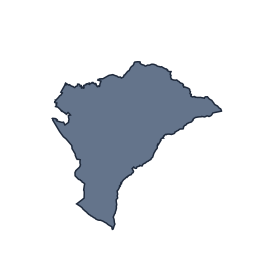 Josenii Bargaului, Bistrita-Nasaud, Romania, rotated 54°
{"feature_id": "2599482B1085806390665", "entity_name": "Josenii Bargaului", "entity_type": "district", "adm_level": 2, "iso_a3": "ROU", "parent_name": "Romania", "parent_adm1": "Bistrita-Nasaud", "projection": "orthographic", "projection_center": [24.668, 47.212], "detail": "fine", "context": "isolated", "style": "filled", "palette": "slate", "viewbox_px": 256, "rotation_deg": 54, "n_neighbors": 0, "source": "geoboundaries", "source_scale": "gbopen_adm2", "svg_char_len": 5780}
<svg xmlns="http://www.w3.org/2000/svg" viewBox="0 0 256 256"><g transform="rotate(54 128 128)"><path d="M200.8,200.2L201.0,199.4L198.9,196.6L198.0,195.0L196.9,194.8L193.7,193.0L191.4,192.3L189.6,189.3L189.4,188.5L188.3,187.4L187.6,186.3L186.0,184.4L185.1,183.9L184.3,183.3L183.7,182.6L183.6,182.3L180.7,180.8L179.2,179.8L178.8,178.6L178.6,177.6L178.0,177.2L176.7,176.7L176.2,176.2L175.8,175.6L175.3,175.1L174.9,175.0L172.6,173.8L172.2,172.1L171.4,170.5L170.9,169.9L170.6,168.7L169.9,168.9L169.7,168.7L169.7,168.3L169.7,167.4L168.3,166.0L169.0,165.8L168.0,164.6L167.2,161.8L167.2,160.1L167.1,159.8L166.9,157.9L167.3,157.7L166.9,156.8L167.1,156.6L166.9,155.4L167.1,154.0L167.4,153.6L167.6,153.0L166.9,150.9L167.1,150.1L166.2,148.9L165.7,148.8L164.5,148.9L164.0,148.4L163.2,148.4L163.2,147.8L163.0,146.3L164.4,146.1L165.2,145.5L165.5,144.9L164.7,143.5L165.5,141.3L165.5,140.9L165.2,140.5L166.1,139.8L166.9,139.0L167.0,138.6L166.2,137.7L166.1,136.3L166.2,135.6L166.5,135.1L166.4,134.7L166.5,133.9L166.3,133.0L166.4,132.3L166.7,131.4L166.6,130.4L166.9,128.0L166.8,127.7L166.3,127.2L166.1,125.2L163.7,122.0L162.1,118.4L161.7,116.6L161.3,116.0L159.2,114.4L158.6,113.2L159.0,113.2L159.2,113.6L159.4,113.5L157.3,108.6L156.8,108.8L156.5,108.3L156.3,107.3L156.3,106.6L156.7,105.7L157.0,105.2L156.1,105.2L155.7,103.5L155.4,103.5L155.3,101.3L155.9,100.9L155.8,100.5L156.3,99.5L157.2,98.2L158.8,96.6L158.8,96.3L159.1,95.7L159.6,93.9L159.4,92.9L159.0,92.6L158.9,92.5L159.1,91.8L159.2,89.7L159.5,88.5L159.3,87.6L159.4,87.0L159.6,86.2L161.1,84.0L160.9,83.5L160.5,83.2L160.2,82.7L159.8,82.5L159.6,82.1L159.3,80.8L159.3,80.3L159.6,79.7L159.5,78.6L159.3,78.4L159.1,77.8L159.4,76.8L159.5,75.5L159.8,75.0L160.4,73.0L160.3,72.7L160.1,72.4L160.1,71.7L160.0,71.0L159.6,70.4L159.4,70.5L159.3,70.2L159.1,69.9L159.0,68.6L159.2,67.0L159.7,66.2L160.2,64.9L160.6,64.4L160.7,64.1L162.0,62.1L162.0,61.5L162.4,61.2L163.0,60.5L163.9,59.8L164.4,58.5L164.4,57.9L164.6,57.0L164.9,56.6L166.1,55.9L166.4,55.5L166.7,54.0L166.7,53.1L166.4,52.1L165.8,50.9L165.8,50.3L166.1,49.5L169.3,42.5L168.6,42.1L166.9,41.8L165.6,42.5L162.8,42.7L160.2,44.0L158.7,44.1L157.8,43.9L157.5,44.0L157.0,44.0L154.8,44.0L153.0,44.9L152.2,45.2L149.4,45.4L148.3,47.0L148.3,48.2L148.8,48.7L145.6,51.6L145.1,52.6L144.4,53.3L144.2,53.8L143.2,54.8L142.7,55.6L142.0,55.4L141.7,55.6L141.3,56.3L140.8,57.6L139.5,58.3L139.1,58.4L138.8,58.2L138.7,57.6L138.0,57.0L137.4,57.5L136.5,57.6L135.4,56.2L134.3,56.1L133.6,55.9L133.0,55.4L131.6,55.7L130.7,56.3L129.8,56.7L129.4,57.2L128.3,57.8L128.1,58.0L128.0,58.7L127.8,58.9L127.1,58.6L126.3,58.6L126.4,58.3L125.6,57.8L124.3,57.8L123.5,58.2L122.9,58.8L121.4,59.4L120.4,59.4L119.3,60.0L117.8,60.3L117.3,61.4L116.6,62.2L115.8,63.1L115.0,63.5L114.0,64.3L113.3,63.9L112.0,63.7L111.5,63.4L111.4,63.1L110.8,62.3L110.4,62.2L109.7,62.5L109.2,62.1L108.5,61.4L108.0,60.7L107.8,60.0L107.6,60.0L107.4,60.5L106.8,61.1L106.6,61.5L104.8,62.3L104.2,62.3L104.1,61.9L102.9,62.2L102.5,62.5L102.4,62.8L101.7,63.2L99.9,64.1L98.4,64.7L98.1,64.9L97.7,65.8L96.4,66.8L95.7,67.6L94.7,68.1L93.9,68.2L91.9,69.5L90.9,70.5L90.2,71.6L89.7,73.9L88.7,75.0L88.5,76.0L88.3,77.2L88.0,77.6L87.5,77.9L86.6,78.1L84.5,79.7L82.7,80.2L81.9,79.4L81.5,79.5L80.1,81.2L78.9,83.3L78.7,83.5L78.9,84.8L79.5,85.4L80.0,86.2L80.4,87.7L80.3,88.9L80.7,90.5L82.2,93.3L82.0,95.0L83.2,99.5L82.9,100.1L84.1,101.7L83.8,102.9L83.8,103.8L83.3,104.1L82.3,104.2L81.3,105.9L79.4,106.5L78.2,107.5L75.9,108.9L74.2,112.5L73.4,119.4L72.4,120.8L72.3,121.5L71.7,121.7L71.5,123.0L71.1,123.7L71.5,124.3L74.2,122.3L76.0,125.0L76.6,125.4L77.6,126.6L77.2,126.9L76.6,127.1L76.5,127.5L76.9,127.9L76.6,128.5L74.4,128.5L74.4,128.4L73.9,128.0L73.5,128.1L73.4,128.0L72.7,128.3L72.6,129.2L72.0,129.2L71.8,129.5L71.5,129.6L71.2,129.5L70.6,129.6L70.7,130.2L70.1,130.4L70.2,131.0L70.2,131.6L70.1,132.3L69.9,132.5L69.4,132.6L68.9,132.9L69.8,133.5L69.5,133.6L69.2,134.2L68.8,134.4L68.9,134.5L68.3,134.9L67.8,135.9L68.3,136.3L67.6,138.8L69.6,139.9L69.8,140.4L69.6,140.6L69.4,140.6L69.0,140.5L68.5,140.3L68.3,140.4L68.2,140.7L68.6,141.7L68.4,142.1L66.5,141.0L66.5,141.4L66.9,141.8L66.1,142.2L65.1,141.6L63.7,141.9L62.9,143.0L64.0,144.0L64.0,144.5L63.7,145.9L63.8,146.5L64.0,147.1L63.8,147.6L61.9,148.2L61.8,148.5L60.8,149.2L59.0,149.7L58.5,150.0L58.6,150.6L55.0,152.1L55.6,153.2L56.5,153.0L56.2,153.7L56.3,154.1L59.6,161.3L61.0,160.4L61.1,160.5L61.2,161.2L61.9,162.7L61.9,163.2L61.8,164.4L62.4,166.2L63.1,170.1L62.8,170.3L63.4,170.6L63.6,171.0L63.5,171.6L64.1,172.2L65.0,172.0L65.9,170.9L66.4,171.4L66.9,172.4L67.5,172.3L68.1,174.0L68.9,173.4L69.2,172.9L70.0,172.5L73.2,171.9L75.2,171.9L75.1,171.4L75.8,171.3L76.9,171.0L78.4,170.3L78.7,170.4L79.3,169.8L80.6,169.9L80.5,168.9L80.2,167.4L81.7,167.1L83.7,166.9L83.5,167.6L82.7,168.8L84.3,169.8L86.3,170.6L87.3,171.8L88.5,172.8L88.5,177.2L87.5,177.1L85.5,176.7L85.2,176.9L85.0,177.6L84.9,177.8L84.0,178.7L80.5,181.3L79.8,180.5L79.3,181.2L78.7,180.7L77.7,181.2L76.0,183.1L75.8,183.4L75.8,183.7L76.5,183.6L77.0,183.8L77.4,184.2L90.8,185.4L97.0,185.4L100.4,184.5L109.1,183.8L111.1,184.9L111.8,185.4L114.3,185.6L115.9,185.8L117.8,185.9L119.3,186.8L122.2,187.5L123.5,187.6L124.2,186.6L125.6,185.3L126.9,186.6L128.2,187.5L129.9,188.1L130.0,188.6L130.6,189.0L131.2,190.3L131.8,195.2L132.9,197.1L135.6,198.9L140.4,198.2L141.1,197.8L141.6,197.2L142.7,197.2L143.4,196.7L144.0,196.7L144.8,196.9L146.2,196.1L147.8,195.9L148.7,197.0L152.2,200.4L152.9,200.4L154.6,201.4L158.9,204.7L159.1,208.6L159.2,214.2L162.5,212.9L165.4,212.0L167.0,212.1L170.3,211.4L171.8,210.9L172.9,210.9L173.8,210.6L174.6,210.6L176.4,209.8L177.2,209.7L178.3,209.0L180.1,208.5L181.8,207.6L182.7,207.6L184.9,206.3L185.9,205.3L186.3,204.6L188.5,203.1L191.1,202.0L192.4,201.3L193.8,201.1L195.5,200.5L198.4,199.1L199.9,200.0L200.8,200.2Z" fill="#64748b" stroke="#1e293b" stroke-width="1.5"/></g></svg>